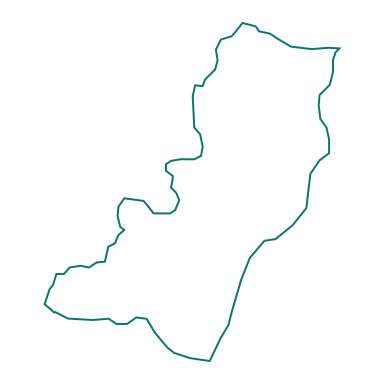 outline of Kalmar, Kalmar, Sweden
{"feature_id": "70781695B81651026792808", "entity_name": "Kalmar", "entity_type": "district", "adm_level": 2, "iso_a3": "SWE", "parent_name": "Sweden", "parent_adm1": "Kalmar", "projection": "orthographic", "projection_center": [16.122, 56.719], "detail": "fine", "context": "isolated", "style": "outline", "palette": "teal", "viewbox_px": 384, "rotation_deg": 0, "n_neighbors": 0, "source": "geoboundaries", "source_scale": "gbopen_adm2", "svg_char_len": 1251}
<svg xmlns="http://www.w3.org/2000/svg" viewBox="0 0 384 384"><path d="M209.7,361.0L210.4,359.6L220.7,338.0L228.4,325.1L231.9,311.4L241.3,279.5L249.8,258.0L264.4,240.8L275.5,239.1L292.6,225.3L306.3,208.1L310.4,173.8L319.8,160.1L329.1,153.2L329.1,139.5L326.5,127.6L320.4,119.0L318.7,105.4L319.5,95.1L329.7,84.9L333.0,72.0L333.0,60.1L335.5,52.4L339.4,48.4L328.4,47.8L311.6,49.1L290.9,46.6L277.9,38.9L270.1,33.7L259.0,31.3L255.6,26.3L242.4,23.0L241.6,24.1L236.6,30.5L231.6,36.3L220.9,39.6L215.9,49.6L217.6,60.4L215.1,69.5L211.8,72.8L205.1,79.5L202.6,86.1L195.2,85.3L192.7,96.1L194.3,127.6L200.2,134.3L202.7,146.8L201.0,155.9L194.3,159.3L181.0,159.2L171.0,160.9L166.0,164.2L166.0,170.9L172.7,175.9L172.7,179.2L171.0,187.6L176.0,192.6L179.3,200.1L175.2,210.1L170.1,213.4L153.5,213.4L148.5,206.7L143.5,200.9L124.3,198.3L118.5,206.6L117.6,215.8L120.1,226.7L124.2,230.0L118.4,235.0L115.0,243.3L108.3,246.7L104.9,261.7L96.6,262.5L89.0,267.5L80.7,265.8L69.8,267.4L63.9,274.0L56.6,274.0L56.4,274.0L53.0,284.9L49.7,289.0L44.6,304.1L54.2,312.5L55.1,312.0L68.1,318.6L93.0,320.0L108.7,318.7L116.5,324.0L127.0,324.0L136.2,317.5L146.6,318.8L154.4,331.9L159.7,338.5L167.5,347.6L174.1,352.9L189.8,358.1L209.7,361.0Z" fill="none" stroke="#0f766e" stroke-width="2"/></svg>